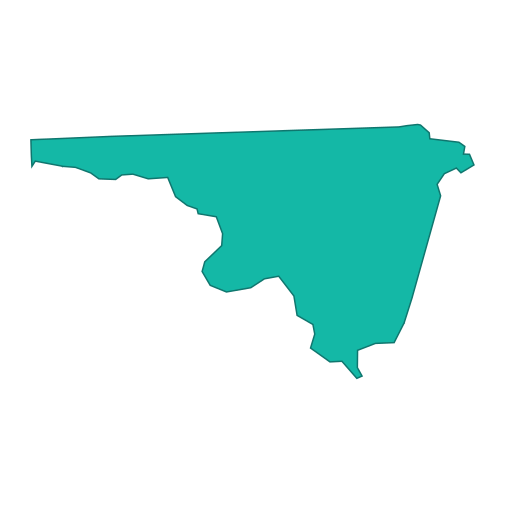 the district of Northampton, North Carolina, United States of America, rotated 358°
{"feature_id": "52423323B28238125667725", "entity_name": "Northampton", "entity_type": "district", "adm_level": 2, "iso_a3": "USA", "parent_name": "United States of America", "parent_adm1": "North Carolina", "projection": "natural_earth1", "projection_center": [-77.477, 36.356], "detail": "fine", "context": "isolated", "style": "filled", "palette": "teal", "viewbox_px": 512, "rotation_deg": 358, "n_neighbors": 0, "source": "geoboundaries", "source_scale": "gbopen_adm2", "svg_char_len": 1065}
<svg xmlns="http://www.w3.org/2000/svg" viewBox="0 0 512 512"><g transform="rotate(358 256 256)"><path d="M35.2,158.6L38.7,153.5L65.2,159.4L65.2,159.5L65.5,159.7L65.9,159.9L66.1,159.8L66.3,159.7L66.5,159.7L78.7,161.1L93.7,167.2L101.7,173.4L118.4,174.6L124.7,170.3L135.8,169.9L151.0,175.1L170.5,174.4L177.7,193.9L189.0,203.1L198.7,206.9L199.7,211.7L217.7,215.4L223.4,232.5L222.1,244.4L204.6,260.0L201.6,269.6L209.2,283.7L225.2,290.9L249.7,287.5L263.6,279.1L278.0,277.0L292.5,297.3L295.0,316.8L310.5,326.4L312.0,336.1L307.3,349.9L326.2,364.4L338.2,364.2L352.5,381.8L357.8,379.7L353.4,371.1L354.2,353.8L372.3,347.5L391.0,347.4L401.4,328.6L401.8,328.2L401.7,328.0L410.7,302.7L411.1,301.3L442.0,204.2L442.6,202.3L439.5,190.7L447.1,180.3L459.3,175.1L463.7,180.0L477.0,172.6L472.9,161.8L466.9,161.4L468.5,153.8L462.8,149.4L433.8,144.9L433.4,138.9L425.0,130.9L422.2,130.2L411.4,131.0L403.4,132.0L354.8,131.9L114.6,131.4L105.4,131.5L51.9,131.9L48.0,131.9L44.3,131.9L35.1,132.0L35.0,145.8L35.0,148.5L35.2,158.6Z" fill="#14b8a6" stroke="#0f766e" stroke-width="1.5"/></g></svg>